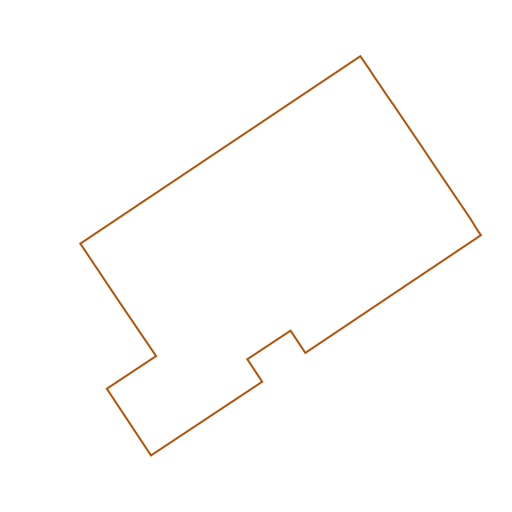 Mahoning, Ohio, United States of America, rotated 326°
{"feature_id": "52423323B65372362934971", "entity_name": "Mahoning", "entity_type": "district", "adm_level": 2, "iso_a3": "USA", "parent_name": "United States of America", "parent_adm1": "Ohio", "projection": "orthographic", "projection_center": [-80.66, 41.017], "detail": "fine", "context": "isolated", "style": "outline", "palette": "amber", "viewbox_px": 512, "rotation_deg": 326, "n_neighbors": 0, "source": "geoboundaries", "source_scale": "gbopen_adm2", "svg_char_len": 523}
<svg xmlns="http://www.w3.org/2000/svg" viewBox="0 0 512 512"><g transform="rotate(326 256 256)"><path d="M58.1,282.6L57.4,362.6L190.8,363.7L191.1,336.7L242.9,337.2L242.7,363.9L454.1,364.5L454.1,364.1L454.1,362.5L454.0,358.6L454.6,345.3L454.5,283.9L454.5,276.4L454.6,257.9L454.5,215.2L454.5,206.5L454.4,205.6L454.4,202.7L454.3,196.2L454.3,188.2L454.3,178.8L454.2,174.6L454.4,164.8L454.3,156.4L454.2,148.7L265.7,148.0L117.3,147.5L117.0,214.3L117.2,283.1L58.1,282.6Z" fill="none" stroke="#b45309" stroke-width="2"/></g></svg>